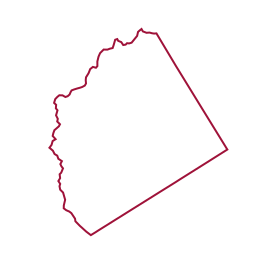 the district of Granito, Pernambuco, Brazil, rotated 251°
{"feature_id": "56859067B26084902822127", "entity_name": "Granito", "entity_type": "district", "adm_level": 2, "iso_a3": "BRA", "parent_name": "Brazil", "parent_adm1": "Pernambuco", "projection": "orthographic", "projection_center": [-39.657, -7.79], "detail": "fine", "context": "isolated", "style": "outline", "palette": "rose", "viewbox_px": 256, "rotation_deg": 251, "n_neighbors": 0, "source": "geoboundaries", "source_scale": "gbopen_adm2", "svg_char_len": 1399}
<svg xmlns="http://www.w3.org/2000/svg" viewBox="0 0 256 256"><g transform="rotate(251 128 128)"><path d="M75.3,214.9L122.6,204.3L167.1,194.4L170.6,193.6L208.2,185.7L208.8,183.4L209.8,181.5L211.2,179.5L212.0,176.5L214.5,173.5L217.2,173.0L216.5,171.0L215.6,168.8L212.1,166.6L210.8,164.5L207.5,159.2L207.6,156.6L208.5,154.7L207.6,152.9L208.0,150.5L211.4,149.6L213.6,147.1L215.6,146.8L215.6,144.6L210.9,141.3L208.6,139.5L208.9,136.6L208.8,134.1L210.1,130.5L207.9,126.0L205.1,123.4L200.9,120.7L196.5,119.2L195.4,117.3L197.2,114.7L196.0,111.4L194.2,109.9L192.6,108.5L191.3,106.9L189.6,104.8L187.0,103.6L183.8,102.8L182.2,101.0L181.7,98.1L181.7,96.0L181.9,92.9L182.0,89.4L181.9,86.9L180.5,85.3L178.7,83.7L177.7,81.3L177.7,78.9L180.2,76.7L181.3,73.7L180.4,71.3L179.0,68.6L175.8,66.3L173.3,67.6L170.1,66.2L167.7,67.1L163.4,64.1L159.5,64.6L157.2,63.2L153.7,64.9L152.1,63.2L149.9,57.7L147.4,55.7L145.0,54.2L141.0,55.9L140.2,52.5L136.9,50.2L134.9,47.3L131.0,49.6L127.3,50.1L124.9,52.1L121.6,52.1L118.2,54.7L115.9,52.3L113.3,52.6L111.0,53.4L107.5,50.3L106.5,48.3L102.7,47.5L100.5,44.9L97.2,45.7L95.3,44.3L91.8,43.8L88.1,45.6L80.6,45.2L75.7,42.1L73.0,41.1L70.4,42.8L68.2,45.2L66.0,46.7L59.5,48.4L56.9,47.9L51.0,50.7L48.9,51.9L46.5,53.2L43.6,54.8L38.8,58.0L40.0,63.4L40.7,66.2L57.3,137.9L61.3,155.4L62.5,160.3L64.3,168.0L65.7,174.0L69.1,188.6L75.3,214.9Z" fill="none" stroke="#9f1239" stroke-width="2"/></g></svg>